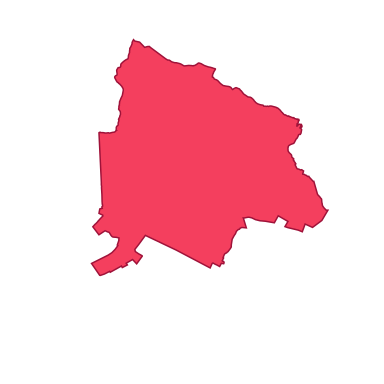 outline of Racsa, Satu Mare, Romania, rotated 210°
{"feature_id": "2599482B8839717617259", "entity_name": "Racsa", "entity_type": "district", "adm_level": 2, "iso_a3": "ROU", "parent_name": "Romania", "parent_adm1": "Satu Mare", "projection": "robinson", "projection_center": [23.336, 47.815], "detail": "fine", "context": "isolated", "style": "filled", "palette": "rose", "viewbox_px": 384, "rotation_deg": 210, "n_neighbors": 0, "source": "geoboundaries", "source_scale": "gbopen_adm2", "svg_char_len": 6023}
<svg xmlns="http://www.w3.org/2000/svg" viewBox="0 0 384 384"><g transform="rotate(210 192 192)"><path d="M233.3,310.3L233.9,310.3L234.6,310.0L236.4,309.7L238.4,309.2L240.4,308.5L242.5,308.1L244.6,307.7L248.3,307.7L250.1,307.3L250.9,306.9L251.1,306.6L251.4,305.7L252.5,303.6L252.9,303.0L254.0,302.1L254.1,301.8L255.5,301.3L258.1,300.0L261.3,297.6L261.9,297.3L262.8,297.2L265.1,297.3L266.8,297.1L270.2,296.1L271.7,295.3L274.1,294.7L275.2,294.6L276.4,294.8L277.6,294.8L278.0,294.7L279.0,294.1L281.5,294.2L299.5,296.3L301.8,296.7L303.4,295.6L305.3,293.6L312.3,295.6L317.1,294.1L318.8,294.7L318.8,293.4L318.7,292.0L318.5,291.2L318.1,290.6L317.9,289.7L317.6,287.0L317.7,285.9L317.6,285.1L317.2,284.5L316.6,282.9L315.9,281.7L315.7,280.9L315.6,280.2L315.3,278.5L314.4,276.6L314.1,275.5L314.2,275.1L315.2,273.7L316.0,272.1L316.6,270.6L317.4,268.0L317.5,267.1L316.5,264.9L316.5,264.5L317.1,263.5L318.1,262.8L318.2,262.3L318.2,260.1L317.9,259.4L316.8,258.0L316.0,257.0L315.7,256.5L315.6,255.9L315.6,255.4L316.1,254.8L316.4,254.2L316.5,253.2L316.4,252.8L315.7,252.1L313.0,250.4L311.5,249.7L310.6,249.8L309.7,249.4L309.2,249.4L308.5,249.3L305.7,248.4L303.4,247.1L303.0,246.7L302.3,245.6L300.6,240.7L300.4,237.8L299.8,233.6L299.4,233.2L298.7,231.4L298.3,231.0L298.3,229.9L297.5,228.6L297.4,228.2L297.0,227.1L296.6,226.8L295.3,226.3L294.2,225.7L293.3,224.4L292.7,223.3L292.5,221.6L292.2,221.1L292.1,220.1L292.1,219.3L292.0,218.7L292.0,218.4L291.9,218.1L291.3,217.8L290.7,216.0L290.5,214.9L289.6,213.4L289.5,212.8L289.6,212.2L289.9,211.7L290.0,211.1L289.9,210.1L289.4,209.3L289.1,208.5L288.6,207.8L288.2,207.7L288.6,207.1L288.5,206.6L289.0,205.2L290.5,204.0L290.7,203.9L292.9,201.7L294.0,201.5L295.9,200.1L297.2,199.4L297.7,199.4L298.0,199.2L298.4,199.1L301.0,197.7L301.3,197.7L301.5,197.8L302.0,197.3L302.2,196.8L275.2,154.8L274.2,153.0L272.9,151.4L272.6,150.6L268.7,144.7L265.0,138.6L264.3,137.6L264.1,137.2L263.6,136.8L263.5,136.4L262.9,136.0L262.6,135.4L262.5,134.9L262.3,134.7L262.6,134.0L262.2,133.6L262.1,133.3L261.6,132.9L262.8,131.9L263.4,131.2L261.9,127.0L257.7,127.3L257.2,126.6L258.3,122.2L258.7,119.9L258.9,119.6L258.8,119.2L259.5,116.3L259.8,115.7L260.5,112.3L251.2,108.4L247.9,115.0L245.3,115.2L243.8,115.6L243.1,115.4L240.4,113.9L239.2,113.5L238.3,113.4L237.4,113.7L234.9,114.9L232.3,115.7L231.1,113.3L230.2,108.7L229.5,108.7L229.4,108.4L229.9,103.8L231.0,99.5L233.0,95.5L243.3,79.9L230.3,73.7L229.7,73.9L226.8,77.2L223.6,82.1L222.7,81.6L216.1,92.6L214.6,91.7L211.5,96.5L213.4,97.4L209.7,103.8L204.0,102.1L203.0,111.5L203.4,111.9L207.5,111.8L211.3,112.1L212.8,113.7L211.9,120.0L210.7,131.1L176.7,133.8L138.3,135.3L138.4,136.1L138.8,140.2L138.7,140.6L138.2,141.0L137.9,141.0L135.9,141.0L134.3,141.2L130.8,141.3L130.9,144.9L128.7,145.7L128.8,146.7L129.4,147.4L129.8,147.6L131.1,147.3L131.5,147.7L131.4,148.4L131.7,149.2L131.5,149.9L131.7,150.7L132.3,150.8L132.7,153.6L132.7,154.8L132.1,156.0L131.6,156.5L131.5,157.3L131.0,158.3L130.5,162.3L130.5,164.0L131.5,165.8L133.6,171.2L133.7,175.4L133.5,177.6L133.9,180.2L133.2,182.6L132.3,183.5L132.2,184.7L131.1,186.2L127.0,188.1L134.6,195.2L133.9,195.5L131.4,197.7L130.2,198.6L127.3,199.5L123.2,199.8L118.7,201.1L114.0,203.3L105.3,206.5L105.4,214.5L94.2,214.5L94.2,208.5L91.4,209.0L80.9,212.1L76.6,212.7L78.0,220.8L69.9,221.6L65.3,232.3L65.2,243.9L65.2,244.2L66.7,243.4L69.6,244.2L71.6,245.1L72.7,245.9L73.0,246.5L74.4,248.0L76.2,250.6L76.6,250.8L77.6,251.1L78.9,251.7L81.9,252.6L82.4,253.0L91.8,262.1L92.1,261.8L92.3,261.8L97.8,263.5L98.7,264.0L99.7,263.2L101.1,263.6L101.7,263.5L102.1,263.3L103.3,263.4L103.9,263.3L104.9,262.8L105.1,263.0L105.4,263.6L105.5,264.5L105.9,266.0L106.9,266.0L108.1,266.2L108.5,265.9L108.7,265.5L108.9,265.4L111.1,265.2L112.0,264.8L112.7,264.7L116.3,267.1L116.1,268.1L116.2,268.4L117.3,268.7L117.4,268.8L117.4,269.0L119.9,270.1L120.0,270.3L119.9,270.4L120.4,270.6L120.5,270.9L120.4,271.3L120.5,271.6L122.9,272.1L123.9,273.3L124.4,273.8L125.5,274.2L127.4,274.6L128.8,275.3L129.3,275.6L131.0,278.2L131.1,279.0L131.4,279.5L131.3,280.7L130.3,282.5L128.3,284.9L128.2,285.2L128.1,285.7L128.3,289.9L127.9,291.1L128.0,293.3L128.3,294.7L128.0,295.3L127.7,295.5L127.6,295.8L127.0,296.1L127.1,296.5L127.0,296.9L127.0,297.4L128.2,300.8L128.5,301.0L129.1,301.2L129.5,301.7L129.8,301.7L130.4,301.4L130.6,301.6L130.5,302.0L129.8,302.7L129.6,302.6L129.4,303.3L129.7,304.2L130.0,304.3L130.2,304.1L130.3,303.3L130.5,303.1L130.4,304.3L130.5,304.5L131.0,304.1L131.2,304.6L130.9,304.9L131.1,305.2L131.3,305.2L131.9,304.8L132.5,304.6L133.0,304.3L133.5,303.5L133.8,302.4L133.9,301.6L134.1,301.5L134.3,301.6L134.3,302.5L134.9,303.1L135.1,303.4L135.1,303.6L134.7,304.1L134.6,304.4L134.8,305.1L134.9,305.7L135.2,306.3L135.1,307.0L135.8,307.3L135.3,307.9L135.4,308.0L135.7,308.1L136.0,308.3L136.5,307.9L137.1,307.9L137.2,307.5L137.6,307.3L138.5,307.4L139.3,307.0L139.8,306.9L140.2,307.0L140.9,307.3L141.2,307.2L141.3,306.8L141.5,306.7L142.1,306.7L142.8,306.5L144.6,306.3L145.1,306.0L145.7,306.2L146.3,306.2L146.5,306.1L146.7,305.5L146.8,305.5L148.3,305.5L148.7,305.4L149.4,305.6L150.3,305.1L151.7,305.2L152.2,305.5L152.6,305.5L153.3,305.9L154.3,306.0L155.4,306.5L155.9,306.6L156.4,306.9L158.2,307.3L159.9,307.6L160.7,307.3L161.6,307.4L165.6,306.3L166.5,306.0L167.6,305.4L168.4,304.4L169.6,304.1L170.3,303.4L171.6,302.9L171.9,302.6L172.3,302.5L173.0,302.2L173.5,302.6L174.0,302.7L175.1,302.2L177.0,301.6L179.3,301.2L180.8,301.3L181.7,301.4L182.3,301.7L183.3,301.9L184.9,302.7L187.7,303.3L189.0,303.2L191.1,302.3L194.3,302.6L195.3,302.6L197.0,302.9L197.7,303.4L198.7,303.7L199.8,304.2L200.7,304.3L202.5,305.0L204.0,304.7L205.2,304.6L206.0,304.4L206.5,303.9L207.1,303.0L207.6,302.1L207.9,301.2L208.1,301.0L208.5,301.1L210.6,302.0L211.7,302.0L212.8,301.8L215.5,300.7L218.2,299.8L218.7,299.8L221.7,300.2L225.2,301.3L226.5,301.4L227.6,301.3L228.8,301.0L229.4,301.1L230.3,301.7L230.8,301.9L231.1,301.9L231.7,301.7L231.9,301.8L232.3,302.7L232.7,303.8L232.9,304.5L232.9,305.4L233.2,306.9L233.1,309.4L233.2,310.2L233.3,310.3Z" fill="#f43f5e" stroke="#9f1239" stroke-width="1.5"/></g></svg>